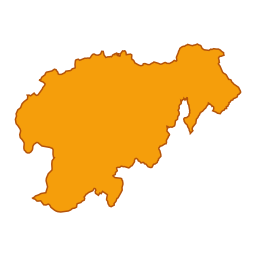 Barzava, Arad, Romania (Mercator projection)
{"feature_id": "2599482B44440142335620", "entity_name": "Barzava", "entity_type": "district", "adm_level": 2, "iso_a3": "ROU", "parent_name": "Romania", "parent_adm1": "Arad", "projection": "mercator", "projection_center": [22.115, 46.112], "detail": "fine", "context": "isolated", "style": "filled", "palette": "amber", "viewbox_px": 256, "rotation_deg": 0, "n_neighbors": 0, "source": "geoboundaries", "source_scale": "gbopen_adm2", "svg_char_len": 5759}
<svg xmlns="http://www.w3.org/2000/svg" viewBox="0 0 256 256"><path d="M109.2,205.9L111.1,206.7L114.2,205.1L114.1,203.5L115.9,201.4L116.9,198.5L118.0,197.9L121.0,192.5L122.2,190.1L122.0,187.5L122.9,184.4L122.9,183.1L122.5,180.6L121.9,179.9L121.7,178.8L120.9,178.3L114.9,177.6L112.9,175.8L113.1,175.5L115.0,174.7L115.3,174.3L115.5,172.5L117.2,170.9L117.2,170.3L116.8,169.6L116.6,167.9L116.7,167.7L117.9,167.3L119.4,167.4L120.2,167.0L120.6,166.5L121.7,166.2L123.2,166.7L124.5,166.6L128.7,167.9L129.4,167.6L131.1,166.0L131.9,165.8L132.6,164.9L134.5,161.7L134.4,160.4L135.0,159.1L135.3,158.6L136.3,158.4L137.3,159.0L137.9,159.7L138.2,160.7L138.5,161.0L139.7,161.4L141.0,163.0L142.8,162.4L143.7,162.5L144.5,163.8L145.7,164.0L146.2,164.3L148.0,166.7L150.2,167.5L151.8,167.4L152.3,166.8L153.2,164.8L154.1,164.0L154.9,164.1L157.2,162.5L157.7,160.9L158.5,159.9L158.5,158.9L160.9,156.3L160.8,154.5L159.8,150.6L158.8,149.1L158.8,148.0L159.6,147.2L159.9,146.3L161.9,145.8L165.0,143.8L166.0,143.8L166.5,142.5L166.4,140.7L166.7,139.7L168.1,137.5L168.5,136.0L169.1,135.7L169.5,134.7L169.2,133.9L166.9,131.0L167.1,129.6L167.4,128.6L166.9,126.3L168.1,126.6L168.7,127.6L170.3,127.0L172.1,127.2L174.5,125.9L174.9,124.8L175.5,120.7L177.5,119.3L177.8,116.4L179.0,115.0L179.3,113.6L178.9,111.7L178.1,110.2L178.9,109.1L179.3,107.9L179.0,106.7L179.2,105.7L179.9,104.5L181.0,103.8L181.2,103.2L180.9,101.0L181.3,101.5L181.3,100.8L181.9,100.8L182.3,100.2L182.3,99.8L183.4,99.5L183.7,99.2L183.9,98.4L184.8,99.8L185.1,99.2L185.4,99.4L185.4,99.8L185.7,99.7L186.0,98.7L186.5,98.8L186.6,98.4L186.8,98.7L186.8,98.0L187.3,97.9L187.5,99.2L187.2,100.1L188.1,104.1L188.7,104.6L189.6,110.0L189.8,110.2L189.6,111.7L189.8,113.0L189.1,114.0L189.0,115.3L188.7,116.0L186.8,117.5L184.5,117.9L183.9,118.6L183.8,119.6L184.2,120.8L184.2,121.3L185.5,123.5L186.8,124.5L187.4,125.4L187.7,126.7L189.0,128.8L189.3,130.5L190.1,132.1L190.3,133.5L192.9,130.7L192.3,129.7L192.2,128.4L192.8,126.9L195.8,123.2L196.4,119.1L197.8,117.6L198.7,115.6L199.5,114.8L199.9,113.2L200.7,112.7L201.2,111.9L202.5,111.3L204.6,108.9L205.6,108.2L206.7,106.2L208.2,104.4L208.4,103.0L209.8,103.9L209.5,104.2L210.0,104.3L209.9,104.1L211.9,105.6L212.2,105.9L212.1,106.2L212.4,106.1L213.5,106.8L213.7,107.3L213.6,108.1L213.8,108.7L213.4,109.8L212.7,110.8L215.7,112.0L217.5,113.2L220.2,113.7L221.6,111.6L222.7,110.6L224.2,110.1L224.9,108.7L226.6,108.5L226.3,106.8L227.9,106.2L228.2,105.0L229.1,104.0L229.0,102.6L230.1,102.1L231.1,100.4L232.8,100.0L233.4,98.7L235.2,98.0L237.2,96.9L237.7,94.9L239.3,94.0L239.5,93.4L240.4,92.9L240.6,92.3L240.5,91.3L238.5,87.3L233.7,84.0L232.7,82.7L231.7,81.9L231.0,80.0L229.6,79.4L228.7,79.4L226.3,75.0L225.3,74.1L223.8,73.3L222.6,72.2L220.0,66.1L218.4,64.0L218.4,63.5L219.4,62.4L219.1,61.4L219.1,60.6L218.5,58.1L218.6,57.7L219.7,56.4L221.0,56.3L224.0,55.2L223.6,53.9L223.6,52.7L221.6,51.4L220.4,50.1L218.5,49.1L216.5,49.1L213.6,48.7L211.9,49.5L210.9,49.1L209.0,50.4L204.2,49.8L202.2,48.5L200.9,45.8L200.4,45.4L198.8,44.9L197.3,44.0L195.7,44.8L193.3,45.3L192.8,45.7L190.9,45.4L187.6,44.4L187.1,44.9L185.5,45.5L184.6,46.3L183.2,46.3L181.7,47.0L179.9,48.4L179.2,50.4L178.6,51.2L178.4,52.4L176.4,57.2L176.8,60.5L176.4,61.0L176.0,61.1L174.2,60.4L172.5,61.9L169.5,63.5L166.6,63.3L166.0,62.7L165.3,62.5L164.6,62.6L161.7,64.0L160.4,64.2L158.0,63.2L153.9,62.0L153.1,62.7L151.3,63.5L149.8,64.6L147.9,64.6L145.2,63.6L144.1,63.6L143.3,63.8L142.9,65.0L142.0,65.5L140.6,65.7L138.8,65.1L134.9,62.9L133.7,60.5L132.8,59.7L132.1,59.5L131.7,58.4L131.6,57.4L131.8,56.0L131.7,54.8L130.4,54.1L126.3,54.7L125.9,52.3L125.2,51.1L124.5,50.8L123.9,51.1L122.6,50.9L120.3,54.0L120.2,55.7L119.8,56.2L117.3,55.4L117.4,55.0L117.9,54.9L117.6,54.7L118.6,54.7L118.0,54.7L118.1,54.4L117.6,54.3L118.7,54.0L118.8,53.8L118.1,53.7L117.3,54.3L116.6,53.6L116.8,53.2L116.6,53.1L116.4,53.4L115.2,53.6L114.5,54.1L114.6,54.6L113.7,54.4L113.1,54.8L112.5,55.2L112.2,56.0L111.4,56.8L110.5,56.5L109.2,56.9L108.0,56.8L105.8,57.5L104.0,54.9L103.2,51.4L101.7,51.3L100.6,54.0L98.2,55.2L96.0,55.0L94.1,54.0L93.0,54.2L91.7,55.4L90.4,57.5L89.4,58.3L88.1,58.0L86.2,58.3L84.8,58.2L79.7,60.3L78.3,59.2L76.1,59.8L75.6,60.3L75.4,60.8L75.0,64.5L75.2,67.4L75.0,68.0L72.2,68.8L71.4,69.9L70.2,70.6L65.8,71.2L65.0,72.5L64.4,72.9L61.4,74.4L59.2,74.4L58.3,74.0L57.7,72.0L56.4,70.5L56.1,69.7L54.4,69.2L51.8,71.0L46.4,72.2L45.5,73.3L45.0,74.8L41.8,77.2L40.7,79.6L39.7,79.7L39.5,80.2L41.2,81.3L42.9,81.9L44.7,83.4L45.1,84.0L44.6,85.4L42.8,87.6L42.2,89.1L38.4,94.4L37.8,95.0L36.6,95.4L35.3,94.6L34.1,93.1L30.7,95.8L29.1,95.1L27.2,95.2L27.8,96.4L27.4,99.1L24.2,101.5L22.1,103.7L20.6,107.7L17.8,109.9L16.1,113.8L16.5,116.1L15.4,119.3L15.9,122.6L16.3,123.9L17.7,125.4L20.0,128.8L20.6,130.5L20.5,131.7L19.7,134.7L20.3,137.7L22.2,139.7L24.0,142.5L24.2,143.9L23.9,146.8L23.9,148.4L24.3,150.1L25.5,151.2L26.3,152.4L27.5,152.9L29.3,152.9L30.9,151.9L32.4,149.8L32.7,148.2L32.8,146.4L34.0,144.3L36.6,142.5L37.9,142.6L41.9,146.0L49.8,147.4L52.3,148.4L53.1,149.6L53.0,154.2L53.5,157.1L54.4,157.6L52.1,160.8L51.8,164.0L52.1,168.9L51.9,170.1L48.3,173.7L46.4,178.2L46.1,180.8L47.6,186.9L45.8,192.7L41.1,193.5L38.7,194.8L35.4,196.0L34.5,197.0L32.6,198.1L33.0,198.5L35.3,199.3L36.7,200.9L37.9,201.1L40.7,200.8L43.7,204.8L46.0,205.0L48.2,204.1L49.0,204.4L49.9,205.3L50.9,207.3L54.3,210.0L55.8,210.9L57.6,211.6L60.7,212.0L68.3,211.0L70.7,209.9L72.4,208.5L74.7,208.1L76.2,207.3L76.6,207.0L76.7,205.4L77.2,203.7L80.9,202.5L82.2,201.1L84.3,200.1L84.7,198.2L84.2,197.5L84.2,196.8L85.3,195.7L86.0,194.3L86.8,194.0L88.6,192.5L92.8,190.7L94.1,188.5L94.8,188.5L95.4,188.8L95.9,190.3L95.4,190.9L95.2,191.6L95.5,193.3L98.4,195.3L99.9,193.0L101.1,193.7L102.6,191.4L107.4,194.7L106.6,198.9L106.6,199.9L107.6,201.2L108.1,203.9L108.8,204.7L109.2,205.9Z" fill="#f59e0b" stroke="#b45309" stroke-width="1.5"/></svg>